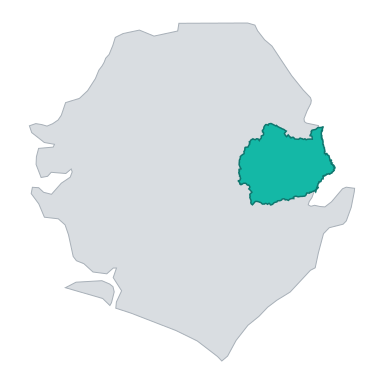 Kono, Eastern, Sierra Leone shown in context
{"feature_id": "65957751B39294828597109", "entity_name": "Kono", "entity_type": "district", "adm_level": 2, "iso_a3": "SLE", "parent_name": "Sierra Leone", "parent_adm1": "Eastern", "projection": "orthographic", "projection_center": [-10.815, 8.706], "detail": "fine", "context": "in_parent", "style": "filled", "palette": "teal", "viewbox_px": 384, "rotation_deg": 0, "n_neighbors": 0, "source": "geoboundaries", "source_scale": "gbopen_adm2", "svg_char_len": 7446}
<svg xmlns="http://www.w3.org/2000/svg" viewBox="0 0 384 384"><path d="M354.6,188.3L354.3,191.7L351.2,207.4L346.3,220.9L343.1,224.2L329.3,227.7L323.5,233.7L318.4,252.8L315.2,267.8L310.4,270.3L290.2,292.0L276.9,300.2L267.7,307.2L258.9,316.4L247.9,325.3L236.1,340.4L227.6,356.1L221.8,361.0L217.5,356.5L197.3,341.0L176.1,330.6L130.9,313.1L115.8,308.2L116.4,302.0L121.6,290.8L113.2,277.6L116.5,268.0L113.3,268.0L106.8,273.8L93.0,272.0L83.9,263.7L76.4,260.7L73.2,256.5L68.5,234.8L65.1,224.9L58.3,218.8L44.4,217.2L38.8,203.9L31.2,193.6L32.4,187.3L38.7,187.7L43.6,192.3L51.5,194.3L61.3,183.2L70.2,177.2L72.2,171.9L71.2,169.0L65.8,173.5L51.2,172.3L47.6,176.3L41.1,177.5L36.1,164.5L36.4,156.8L38.6,148.4L53.2,147.1L54.5,144.3L44.3,142.5L31.7,132.6L29.4,125.8L35.8,123.6L41.8,124.6L47.0,126.1L52.7,123.7L58.1,120.0L61.3,115.3L65.6,102.6L79.4,98.4L87.6,90.7L95.4,78.6L98.9,70.1L102.1,65.9L104.2,62.2L105.7,58.2L109.1,54.5L112.8,45.5L115.3,37.4L123.2,33.5L139.4,30.1L154.0,36.1L177.7,31.0L178.9,23.3L200.6,23.2L226.3,23.1L247.6,23.0L254.9,25.1L257.6,30.8L264.6,39.8L272.0,46.1L281.0,59.7L291.6,75.6L303.1,89.9L310.5,97.7L311.3,100.4L310.8,103.5L307.1,110.8L304.0,118.7L304.4,121.6L306.5,123.1L318.5,125.6L319.6,134.4L319.6,146.5L325.5,157.9L331.0,166.2L330.7,169.2L317.2,183.5L311.9,197.6L309.2,201.6L308.2,204.8L310.9,206.3L314.6,205.3L319.9,206.5L324.9,206.9L331.5,201.8L342.5,188.8L346.2,187.2L354.6,188.3ZM111.5,302.7L109.9,305.5L102.7,298.5L65.4,287.7L76.0,282.2L101.9,280.7L109.6,284.0L113.0,286.7L114.2,291.9L111.5,302.7Z" fill="#d9dde1" stroke="#a8b0b8" stroke-width="1"/><path d="M314.8,190.5L315.7,191.9L315.9,191.4L315.9,191.0L315.7,190.7L316.1,190.4L316.0,190.1L315.7,189.8L315.9,189.5L316.5,189.4L316.8,189.2L316.9,188.8L316.6,188.3L316.6,188.0L316.7,187.7L317.7,188.2L318.1,187.7L317.9,187.5L318.1,187.2L317.5,186.6L317.3,186.2L317.5,185.8L317.8,185.3L318.1,183.7L318.6,183.4L318.8,183.1L318.8,182.9L318.7,182.6L318.7,182.2L319.0,181.8L319.3,182.2L319.5,182.0L319.8,181.7L320.2,181.8L320.7,181.6L321.0,181.3L321.4,179.9L321.9,179.0L322.5,178.7L322.8,178.8L323.1,178.8L323.0,178.1L323.2,177.7L323.1,177.3L323.2,176.9L322.9,176.3L322.9,176.1L323.3,175.9L323.6,175.6L324.1,175.7L324.4,175.9L324.6,175.9L324.7,175.4L324.8,175.4L325.1,175.5L325.5,175.1L326.1,175.0L326.4,174.8L326.6,174.2L327.0,174.0L327.3,174.0L327.7,174.2L327.9,174.1L328.9,173.6L329.1,173.8L329.3,174.1L329.8,174.2L330.1,173.6L331.8,173.0L332.0,172.8L331.8,172.5L331.9,172.3L332.2,172.0L333.3,171.4L333.5,170.8L333.9,170.7L334.2,170.4L334.0,170.0L333.6,169.6L334.1,169.1L334.1,168.4L334.3,168.0L334.5,167.9L334.8,168.2L334.9,167.9L334.7,167.7L334.9,167.2L334.3,166.7L334.1,166.3L333.8,166.7L333.6,166.7L333.7,166.1L333.7,165.7L333.9,165.5L333.7,165.3L333.4,165.4L333.1,164.9L332.8,165.0L332.8,164.6L332.2,164.1L331.6,164.2L331.6,163.9L331.8,163.5L331.3,163.7L331.1,163.5L331.2,163.1L331.4,163.0L331.5,163.0L331.5,162.2L331.0,162.0L330.9,161.7L330.6,161.4L330.4,160.9L330.6,160.5L331.0,160.4L331.4,160.5L331.5,160.3L331.4,160.1L331.0,160.1L330.6,160.4L330.4,160.3L330.2,160.2L329.9,160.4L329.8,160.0L330.0,159.8L330.0,159.7L329.8,159.1L329.7,158.4L329.3,157.4L329.0,155.8L328.7,155.6L328.4,155.4L328.0,155.3L327.6,155.0L327.5,154.6L327.1,154.4L327.1,154.1L326.8,153.9L326.8,153.6L326.7,153.6L326.3,153.5L326.2,153.7L325.8,153.8L325.7,154.1L325.5,153.7L325.1,153.4L324.5,153.5L324.5,153.3L324.7,152.9L324.4,152.2L324.9,151.6L324.7,151.4L324.8,151.3L324.7,151.0L324.8,150.8L324.6,150.6L324.7,150.3L324.6,149.2L324.4,148.8L324.4,148.0L324.2,148.0L324.2,147.6L323.9,147.3L323.8,146.3L323.6,146.1L323.4,145.7L323.5,145.5L323.5,145.2L323.3,144.5L323.2,144.5L323.0,144.4L323.1,144.1L322.9,143.9L322.9,143.3L322.9,143.1L323.0,142.5L323.0,142.3L323.1,142.1L322.9,141.5L323.0,141.2L322.9,140.7L322.6,140.4L322.6,140.0L322.7,139.8L322.5,139.6L322.2,139.5L322.3,139.4L322.1,139.0L322.1,138.7L321.9,138.5L322.1,138.4L322.0,138.1L321.8,137.2L321.5,136.7L321.4,136.8L321.4,136.5L321.8,136.5L321.8,136.0L321.6,136.1L321.5,135.8L321.4,135.6L321.5,135.4L321.3,134.6L321.4,133.8L321.2,133.3L321.4,132.4L321.5,132.3L321.6,132.0L321.8,131.7L321.5,131.6L321.4,131.2L321.6,130.7L322.1,130.5L322.1,130.3L322.4,130.4L322.5,130.1L322.3,129.5L322.4,129.3L322.4,129.0L322.3,128.8L322.6,128.4L322.6,128.2L322.9,127.8L323.1,127.0L322.6,126.9L321.5,127.4L320.5,127.5L319.8,127.5L319.3,127.6L317.9,127.5L317.4,128.0L315.7,129.4L312.4,130.1L311.8,130.4L311.7,131.1L311.4,131.1L311.1,131.8L311.4,132.6L310.9,134.0L310.1,135.2L310.1,135.8L310.9,135.9L311.7,136.1L312.1,136.8L312.3,139.2L310.5,139.1L309.1,139.1L307.6,139.2L306.3,139.7L305.3,139.4L305.0,138.8L304.3,139.0L303.4,139.4L302.9,139.2L302.0,138.6L301.2,138.6L300.6,138.2L299.7,138.3L298.7,139.3L295.8,139.1L294.7,138.9L294.0,137.9L293.8,137.7L293.4,137.6L293.1,137.2L292.5,137.3L291.4,137.8L291.2,137.7L290.9,137.6L290.5,137.8L290.4,137.7L290.5,137.1L289.9,136.9L289.6,136.6L288.5,135.2L288.2,134.9L286.6,136.7L285.7,135.8L285.3,135.2L285.1,135.0L285.0,134.6L284.6,134.1L284.4,133.4L286.3,131.1L284.8,130.2L283.8,129.4L282.1,128.8L281.0,128.1L280.1,127.8L277.6,126.5L276.5,125.4L275.8,125.9L272.1,124.0L271.0,123.5L269.1,123.8L268.4,124.3L268.2,125.2L266.7,124.6L265.7,124.6L264.4,126.2L263.9,127.2L263.8,128.5L263.3,129.6L262.4,130.4L262.4,131.0L262.6,132.0L263.1,132.0L263.5,132.5L263.6,134.4L263.3,135.0L262.3,135.6L261.4,135.9L261.2,136.8L261.3,137.8L260.9,138.6L260.0,139.2L259.3,140.6L258.0,138.9L256.5,138.8L255.3,139.7L254.1,139.4L252.9,138.8L252.5,139.3L251.3,139.6L251.1,139.9L250.3,140.9L250.1,141.4L249.3,141.9L249.6,142.4L250.0,141.9L249.8,143.0L249.4,143.3L249.7,144.1L249.1,144.8L247.9,147.1L245.3,147.3L244.9,147.9L244.9,149.1L244.7,150.4L243.9,151.5L244.2,153.1L243.9,153.8L242.4,154.7L240.3,156.5L240.4,157.7L240.1,158.3L240.1,159.3L239.6,159.6L239.4,160.3L239.3,161.4L239.5,162.1L239.1,163.0L239.3,163.8L239.1,164.7L240.2,167.4L241.0,168.7L241.0,168.9L239.1,169.3L239.0,169.7L239.2,170.6L239.5,170.8L239.4,171.2L239.1,171.2L239.2,171.8L238.8,172.3L238.9,172.8L239.0,173.5L239.3,173.6L239.2,174.2L239.6,175.0L239.6,175.9L239.9,175.8L240.0,176.2L240.1,176.4L240.1,176.7L240.4,177.6L240.4,178.2L240.6,178.6L240.3,178.8L240.3,179.6L239.8,180.2L238.9,180.9L238.4,180.7L238.3,181.0L238.7,181.6L239.4,182.0L239.7,183.0L239.9,183.9L240.4,183.9L240.2,184.3L240.9,184.7L242.0,184.3L242.9,183.6L243.6,183.3L245.0,183.2L245.6,183.3L246.1,183.6L246.5,183.9L246.8,184.5L247.1,184.8L248.0,185.2L248.3,185.0L248.8,185.1L249.8,186.6L249.8,187.6L248.8,188.9L249.7,189.6L250.7,190.8L251.3,191.3L251.9,192.2L249.9,194.2L249.9,195.3L250.2,196.3L249.8,197.1L250.1,198.2L251.0,200.5L251.0,201.4L250.8,202.7L251.2,203.8L252.4,204.8L253.2,204.0L254.8,202.0L255.6,201.4L256.9,201.4L258.5,201.7L259.6,202.2L260.5,202.4L261.1,202.8L261.9,203.7L262.6,204.1L263.4,204.0L264.3,204.1L265.2,203.5L266.1,203.5L266.9,203.8L267.6,204.3L268.2,203.8L269.1,203.3L269.8,203.8L270.5,204.9L271.0,204.9L272.6,204.3L273.3,203.5L274.2,202.7L274.8,202.4L276.9,201.9L277.5,200.9L278.5,200.7L279.7,200.7L280.6,200.5L281.6,200.0L282.2,199.1L282.6,199.0L283.7,198.8L284.8,199.1L285.2,199.9L286.7,199.6L288.4,200.4L289.7,199.2L291.0,198.7L292.7,198.5L293.8,198.6L293.8,198.0L293.4,197.3L294.5,196.5L295.4,196.2L296.2,196.2L298.1,196.8L300.7,196.4L302.2,196.4L303.6,196.2L304.8,196.1L305.5,195.5L306.1,194.8L306.4,193.8L306.8,193.0L309.6,193.1L309.8,192.3L310.6,192.3L311.5,192.2L312.4,191.5L313.7,191.2L314.0,190.8L314.8,190.5Z" fill="#14b8a6" stroke="#0f766e" stroke-width="1.5"/></svg>